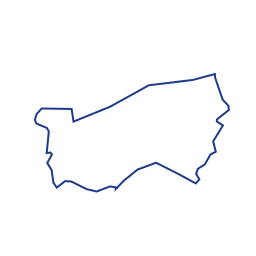 the Unitary Authority (wales) of Rhondda, Cynon, Taff, rotated 290°
{"feature_id": "GBR-2115", "entity_name": "Rhondda, Cynon, Taff", "entity_type": "Unitary Authority (wales)", "adm_level": 1, "iso_a3": "GBR", "parent_name": "United Kingdom", "parent_adm1": "", "projection": "equal_earth", "projection_center": [-3.436, 51.659], "detail": "fine", "context": "isolated", "style": "outline", "palette": "blue", "viewbox_px": 256, "rotation_deg": 290, "n_neighbors": 0, "source": "natural_earth", "source_scale": "10m", "svg_char_len": 707}
<svg xmlns="http://www.w3.org/2000/svg" viewBox="0 0 256 256"><g transform="rotate(290 128 128)"><path d="M175.6,133.6L195.3,172.4L208.4,191.2L205.0,192.7L187.0,207.3L183.3,214.7L180.3,216.2L179.4,216.6L166.6,208.7L164.5,209.2L162.9,216.3L144.6,212.6L135.7,218.6L131.4,214.6L120.0,212.6L113.5,207.6L108.3,207.7L104.1,212.6L99.1,210.6L101.8,192.6L105.0,166.3L92.2,151.2L77.1,142.1L66.5,137.4L68.1,137.0L66.9,131.0L57.6,120.3L56.4,110.1L58.3,93.1L56.6,87.1L47.6,81.4L51.3,76.5L62.4,70.6L67.5,64.1L77.1,65.6L78.4,63.5L76.6,60.2L97.6,54.8L100.3,51.8L100.9,40.3L103.9,37.7L109.9,37.4L116.8,40.2L126.6,68.5L115.4,74.6L141.8,103.8L175.3,133.0L175.6,133.6Z" fill="none" stroke="#1e3a8a" stroke-width="2"/></g></svg>